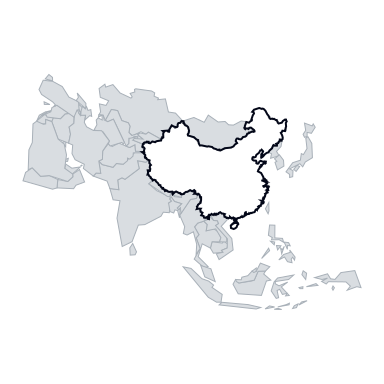 location of China within Asia
{"feature_id": "CHN", "entity_name": "China", "entity_type": "country or territory", "adm_level": 0, "iso_a3": "CHN", "parent_name": "Asia", "parent_adm1": "", "projection": "albers", "projection_center": [106.815, 35.887], "detail": "fine", "context": "in_parent", "style": "outline", "palette": "ink", "viewbox_px": 384, "rotation_deg": 0, "n_neighbors": 45, "source": "natural_earth", "source_scale": "50m", "svg_char_len": 17823}
<svg xmlns="http://www.w3.org/2000/svg" viewBox="0 0 384 384"><path d="M182.6,120.9L178.6,122.6L176.3,127.1L172.2,125.0L169.2,130.4L163.0,131.0L163.5,137.2L161.4,139.5L148.4,132.2L145.9,134.2L140.9,131.7L132.6,135.8L128.9,132.5L130.0,126.2L128.3,122.8L121.8,120.6L117.6,110.6L111.4,109.5L105.4,120.4L103.1,115.2L98.9,114.8L100.6,111.9L99.4,103.9L106.0,105.4L108.7,100.8L100.3,97.3L99.1,88.5L104.9,84.2L105.7,87.1L112.9,84.6L120.1,93.0L131.0,98.1L132.2,96.9L130.1,93.4L134.8,92.0L134.5,89.4L135.8,88.8L151.6,91.0L154.7,92.9L154.1,96.2L158.5,98.1L157.7,99.7L165.4,98.9L168.4,112.0L175.5,113.1L182.6,120.9Z" fill="#d9dde1" stroke="#a8b0b8" stroke-width="1"/><path d="M105.4,120.4L111.4,109.5L117.6,110.6L121.8,120.6L128.3,122.8L130.0,126.2L128.9,132.5L131.8,135.5L139.9,132.9L137.8,134.8L143.1,139.1L139.3,140.3L136.6,139.1L137.7,136.8L134.3,136.3L131.0,139.3L129.1,138.4L128.9,143.5L126.2,146.2L113.4,119.2L107.8,121.7L105.4,120.4Z" fill="#d9dde1" stroke="#a8b0b8" stroke-width="1"/><path d="M354.8,270.6L361.0,287.6L356.8,286.7L347.2,290.2L350.4,286.1L345.9,281.9L328.4,281.7L326.2,284.0L321.6,281.4L327.5,278.1L322.0,279.5L314.7,277.6L327.5,273.8L330.6,278.8L335.0,279.4L340.9,272.6L354.8,270.6ZM298.0,303.9L296.5,307.6L292.6,308.5L294.3,305.7L298.0,303.9ZM333.0,290.2L332.0,288.3L333.0,286.0L334.4,287.8L333.0,290.2ZM265.5,271.0L263.7,274.0L270.8,280.1L266.4,281.0L261.4,295.4L238.2,293.8L233.0,284.2L235.6,279.5L238.9,283.0L251.2,281.1L254.2,280.2L258.1,271.3L265.5,271.0ZM306.4,286.7L316.0,283.6L317.9,285.4L306.4,286.7ZM302.8,288.6L300.0,288.6L299.0,287.6L302.9,286.7L302.8,288.6ZM303.2,270.8L306.6,273.2L305.7,279.5L301.9,274.6L303.2,270.8ZM277.6,278.0L293.7,275.0L288.6,279.5L275.4,281.5L275.2,283.7L279.0,285.8L287.7,282.1L281.3,286.9L289.2,295.5L285.6,295.9L287.1,293.4L282.4,294.4L279.6,289.3L277.1,290.5L278.6,297.7L276.2,298.4L271.2,290.9L274.1,281.9L277.6,278.0ZM281.7,309.5L274.2,309.3L277.9,308.3L281.7,309.5ZM277.8,306.9L286.0,304.7L289.4,303.2L289.1,304.8L277.8,306.9ZM269.5,305.9L274.6,307.0L265.1,308.9L269.5,305.9ZM221.9,302.3L248.1,304.6L260.7,307.5L256.2,309.0L219.1,304.9L221.9,302.3ZM212.0,287.4L222.2,294.4L221.0,302.2L216.6,302.2L208.3,297.3L183.1,266.8L191.0,268.4L201.9,278.7L208.7,281.1L213.6,285.1L212.0,287.4Z" fill="#d9dde1" stroke="#a8b0b8" stroke-width="1"/><path d="M298.7,305.1L301.7,301.9L307.1,300.7L298.7,305.1Z" fill="#d9dde1" stroke="#a8b0b8" stroke-width="1"/><path d="M47.1,112.8L42.2,114.9L36.8,120.8L39.3,115.2L45.2,112.0L47.1,112.8Z" fill="#d9dde1" stroke="#a8b0b8" stroke-width="1"/><path d="M50.8,111.8L45.3,112.0L51.3,110.5L50.8,111.8Z" fill="#d9dde1" stroke="#a8b0b8" stroke-width="1"/><path d="M44.6,114.6L41.0,116.1L44.1,113.6L44.6,114.6Z" fill="#d9dde1" stroke="#a8b0b8" stroke-width="1"/><path d="M44.6,114.6L53.5,117.7L51.8,121.6L45.7,119.5L45.7,123.9L38.6,123.7L36.8,120.8L44.6,114.6Z" fill="#d9dde1" stroke="#a8b0b8" stroke-width="1"/><path d="M65.8,164.1L71.9,168.2L80.4,166.9L71.8,174.4L64.7,168.3L65.8,164.1Z" fill="#d9dde1" stroke="#a8b0b8" stroke-width="1"/><path d="M64.7,161.4L65.8,159.2L68.3,158.3L67.6,161.4L64.7,161.4Z" fill="#d9dde1" stroke="#a8b0b8" stroke-width="1"/><path d="M65.9,140.9L65.7,146.9L62.3,142.4L65.9,140.9Z" fill="#d9dde1" stroke="#a8b0b8" stroke-width="1"/><path d="M51.8,121.6L53.5,117.7L60.4,118.7L65.1,113.9L70.3,113.5L74.0,117.1L73.9,123.3L69.1,127.0L70.5,134.2L68.6,143.2L58.1,139.1L51.8,121.6Z" fill="#d9dde1" stroke="#a8b0b8" stroke-width="1"/><path d="M72.7,174.1L79.5,169.5L84.6,182.0L76.0,185.2L73.6,188.7L57.0,187.9L57.8,179.5L67.7,181.5L72.8,176.9L72.7,174.1ZM82.0,165.5L80.5,165.7L81.8,165.1L82.0,165.5Z" fill="#d9dde1" stroke="#a8b0b8" stroke-width="1"/><path d="M210.4,248.1L212.1,241.7L222.3,243.1L223.9,240.9L227.6,244.2L227.2,248.0L221.5,250.4L223.0,252.3L213.4,253.2L210.4,248.1Z" fill="#d9dde1" stroke="#a8b0b8" stroke-width="1"/><path d="M219.6,241.8L212.1,241.7L210.4,248.1L202.2,243.8L198.2,256.7L208.1,266.6L204.4,268.0L194.2,259.1L200.1,248.5L196.2,237.9L198.9,234.7L194.5,226.9L197.7,223.1L203.8,221.2L207.3,224.5L206.2,230.8L213.3,228.6L218.1,231.6L220.9,237.6L219.6,241.8Z" fill="#d9dde1" stroke="#a8b0b8" stroke-width="1"/><path d="M226.8,242.0L219.6,241.8L220.9,237.6L215.7,228.9L206.2,230.8L207.3,224.5L203.8,221.2L209.2,219.0L208.9,215.2L213.6,220.5L217.4,220.7L218.6,223.6L215.6,225.5L226.6,236.6L226.8,242.0Z" fill="#d9dde1" stroke="#a8b0b8" stroke-width="1"/><path d="M203.8,221.2L197.7,223.1L194.5,226.9L198.9,234.7L196.2,237.9L200.1,248.5L196.1,254.3L196.7,244.3L193.4,231.8L187.1,235.0L183.3,233.5L184.7,226.6L179.7,215.1L190.5,199.4L196.5,198.4L197.5,194.5L201.2,197.4L196.9,209.1L200.2,208.8L202.5,212.7L201.4,215.4L207.3,216.7L203.8,221.2Z" fill="#d9dde1" stroke="#a8b0b8" stroke-width="1"/><path d="M216.3,253.7L223.0,252.3L221.5,250.4L227.2,248.0L227.4,238.8L215.6,225.5L218.6,223.6L217.4,220.7L213.6,220.5L210.6,214.8L220.4,212.2L228.8,218.1L221.2,226.3L231.8,238.5L233.1,250.0L219.1,259.6L216.3,253.7Z" fill="#d9dde1" stroke="#a8b0b8" stroke-width="1"/><path d="M282.0,141.0L281.0,146.5L276.5,151.4L279.2,155.7L270.6,158.3L271.5,153.7L268.4,152.4L270.0,149.9L273.5,144.9L276.9,145.4L276.2,143.7L280.0,139.4L282.0,141.0Z" fill="#d9dde1" stroke="#a8b0b8" stroke-width="1"/><path d="M274.5,158.8L279.4,154.8L283.5,160.2L283.9,166.1L277.5,169.9L275.0,162.3L276.8,161.3L274.5,158.8Z" fill="#d9dde1" stroke="#a8b0b8" stroke-width="1"/><path d="M183.5,120.8L193.9,117.5L204.2,122.3L208.3,115.1L218.1,122.0L225.1,121.5L228.6,124.8L233.4,125.1L241.2,121.0L246.3,121.7L244.9,129.1L249.9,127.4L254.2,130.3L240.5,139.2L236.7,138.4L235.6,140.7L236.8,143.0L233.6,146.1L220.4,150.5L210.5,146.5L199.8,145.4L197.9,140.1L188.2,135.2L189.1,129.9L183.5,120.8Z" fill="#d9dde1" stroke="#a8b0b8" stroke-width="1"/><path d="M197.5,194.5L196.5,198.4L190.5,199.4L181.1,213.4L180.3,208.0L178.6,209.9L177.2,208.0L181.6,203.7L174.5,201.5L171.2,197.0L169.8,199.0L171.6,201.1L168.6,203.1L170.3,204.3L169.3,212.7L163.3,212.2L161.0,216.2L144.8,224.6L138.3,225.1L132.1,241.6L122.2,246.5L117.0,218.2L120.0,200.7L113.1,199.8L109.9,188.5L118.8,189.7L117.7,180.0L122.0,177.8L125.0,179.3L139.2,168.6L137.5,160.7L145.8,162.2L149.1,160.2L150.7,164.8L147.7,173.9L152.9,180.0L148.8,183.8L156.7,190.7L169.7,196.8L172.7,191.6L172.4,195.0L174.8,196.7L181.5,197.4L181.0,194.1L194.4,190.1L194.4,193.7L197.5,194.5Z" fill="#d9dde1" stroke="#a8b0b8" stroke-width="1"/><path d="M180.3,208.0L179.5,217.8L177.6,210.5L174.9,209.9L173.7,213.0L170.0,211.6L168.6,203.1L171.6,201.1L169.8,199.0L171.2,197.0L174.5,201.5L181.6,203.7L177.2,208.0L178.6,209.9L180.3,208.0Z" fill="#d9dde1" stroke="#a8b0b8" stroke-width="1"/><path d="M181.0,194.1L181.5,197.4L172.4,195.0L176.5,191.6L181.0,194.1Z" fill="#d9dde1" stroke="#a8b0b8" stroke-width="1"/><path d="M170.8,192.0L169.7,196.8L167.3,196.4L148.8,183.8L154.2,179.5L164.5,189.6L170.8,192.0Z" fill="#d9dde1" stroke="#a8b0b8" stroke-width="1"/><path d="M149.1,160.2L145.8,162.2L137.5,160.7L139.2,168.6L125.0,179.3L122.0,177.8L117.7,180.0L118.8,189.7L109.9,188.5L107.1,181.1L93.3,176.1L96.1,173.1L100.7,173.3L98.8,161.0L102.3,164.6L113.0,167.3L116.4,163.5L123.3,164.2L135.2,152.0L144.1,152.8L145.4,157.6L149.1,160.2Z" fill="#d9dde1" stroke="#a8b0b8" stroke-width="1"/><path d="M118.8,143.1L129.5,147.5L135.0,144.7L135.5,151.2L139.8,150.1L144.1,152.8L133.3,152.8L133.0,156.1L129.8,159.1L127.5,158.1L127.6,160.6L123.3,164.2L116.4,163.5L113.0,167.3L102.3,164.6L98.8,161.0L102.4,159.3L102.7,151.0L108.3,143.7L112.2,146.5L118.8,143.1Z" fill="#d9dde1" stroke="#a8b0b8" stroke-width="1"/><path d="M126.2,146.2L128.9,143.5L129.1,138.4L137.7,136.8L137.6,139.3L133.1,140.2L143.0,144.2L143.9,151.7L135.5,151.2L135.0,144.7L129.5,147.5L126.2,146.2Z" fill="#d9dde1" stroke="#a8b0b8" stroke-width="1"/><path d="M139.9,132.9L145.9,134.2L148.4,132.2L161.4,139.5L143.0,144.2L133.1,140.2L134.1,138.5L143.1,139.1L137.8,134.8L139.9,132.9Z" fill="#d9dde1" stroke="#a8b0b8" stroke-width="1"/><path d="M98.9,114.8L103.1,115.2L104.2,120.0L107.8,121.7L113.4,119.2L124.3,142.3L123.4,144.2L121.9,142.4L110.2,146.0L108.3,143.7L109.4,141.0L103.0,131.8L94.0,130.0L96.9,124.8L96.2,120.1L98.1,117.9L102.2,120.0L102.0,115.3L98.4,117.1L98.9,114.8Z" fill="#d9dde1" stroke="#a8b0b8" stroke-width="1"/><path d="M68.6,143.2L70.5,134.2L69.1,127.0L73.9,123.3L74.5,114.1L77.1,109.9L80.0,114.8L85.6,115.2L84.3,122.4L86.6,126.8L93.4,130.5L101.6,130.7L109.4,141.0L102.7,151.0L102.4,159.3L98.8,161.0L100.7,173.3L96.1,173.1L93.3,176.1L83.4,168.5L84.3,164.3L75.1,159.7L72.0,153.7L72.7,145.0L68.6,143.2Z" fill="#d9dde1" stroke="#a8b0b8" stroke-width="1"/><path d="M45.6,114.1L50.8,111.8L52.0,107.5L56.8,105.2L69.1,113.3L65.1,113.9L60.4,118.7L47.1,117.1L45.6,114.1Z" fill="#d9dde1" stroke="#a8b0b8" stroke-width="1"/><path d="M80.8,115.3L77.9,107.0L79.4,104.6L82.8,108.2L80.8,115.3Z" fill="#d9dde1" stroke="#a8b0b8" stroke-width="1"/><path d="M74.0,117.1L56.8,105.2L53.4,106.8L55.3,104.7L52.7,101.9L41.6,94.5L39.0,89.5L43.2,80.2L52.8,81.4L62.3,86.6L68.9,97.1L78.5,101.8L79.1,110.1L77.1,109.9L74.0,117.1ZM48.9,74.5L52.5,77.4L52.6,80.8L45.2,78.9L48.9,74.5Z" fill="#d9dde1" stroke="#a8b0b8" stroke-width="1"/><path d="M136.5,251.9L135.1,254.8L130.2,255.1L129.8,247.9L132.7,243.5L136.5,251.9Z" fill="#d9dde1" stroke="#a8b0b8" stroke-width="1"/><path d="M268.8,202.5L269.0,210.9L268.1,213.8L265.4,208.8L268.8,202.5Z" fill="#d9dde1" stroke="#a8b0b8" stroke-width="1"/><path d="M86.5,106.5L88.0,110.4L90.8,109.6L91.7,116.4L89.8,115.6L85.0,119.9L85.6,115.2L80.8,115.3L81.1,110.8L82.5,106.2L85.2,108.8L86.5,106.5ZM80.0,114.8L78.8,113.4L79.1,110.1L80.6,112.2L80.0,114.8Z" fill="#d9dde1" stroke="#a8b0b8" stroke-width="1"/><path d="M77.2,93.0L85.9,103.4L85.7,108.7L76.3,100.4L78.4,97.3L77.2,93.0Z" fill="#d9dde1" stroke="#a8b0b8" stroke-width="1"/><path d="M274.2,244.8L270.5,241.3L274.7,242.0L274.2,244.8ZM281.7,253.8L280.6,248.1L282.3,249.7L284.3,246.3L281.7,253.8ZM289.7,250.0L295.1,257.1L294.5,260.1L292.6,257.2L291.2,259.1L292.0,262.7L287.5,261.7L284.5,257.0L278.8,259.9L283.6,254.5L290.3,252.3L289.7,250.0ZM269.6,250.7L261.6,258.5L268.6,248.2L269.6,250.7ZM274.9,225.2L274.8,237.9L282.5,238.4L283.6,242.3L279.2,239.7L271.4,239.9L272.3,237.6L268.4,235.3L269.6,225.0L274.9,225.2ZM277.6,249.9L276.5,245.5L280.9,245.8L277.6,249.9ZM288.6,242.6L290.2,245.8L287.4,245.5L287.4,249.3L284.2,242.1L288.6,242.6Z" fill="#d9dde1" stroke="#a8b0b8" stroke-width="1"/><path d="M200.7,265.4L210.9,268.8L215.2,281.6L204.8,276.9L200.7,265.4ZM265.5,271.0L258.1,271.3L254.2,280.2L238.9,283.0L236.3,281.5L235.6,279.5L241.2,279.8L241.9,277.2L247.8,275.7L252.0,271.1L256.2,271.4L260.4,263.1L269.8,266.7L265.5,271.0Z" fill="#d9dde1" stroke="#a8b0b8" stroke-width="1"/><path d="M256.3,268.0L256.2,271.4L253.8,272.5L252.0,271.1L256.3,268.0Z" fill="#d9dde1" stroke="#a8b0b8" stroke-width="1"/><path d="M311.8,143.4L312.4,157.7L305.3,162.0L302.7,166.8L299.8,163.7L289.7,168.9L293.0,170.6L292.7,176.7L289.6,177.5L289.6,174.4L286.0,171.8L292.7,162.7L300.4,160.2L301.3,153.6L303.4,154.6L307.0,148.5L305.8,138.2L308.0,136.8L311.8,143.4ZM312.2,125.9L313.2,123.9L315.2,127.2L311.4,133.3L307.1,132.4L307.1,136.4L304.5,137.3L303.1,134.3L305.7,130.4L304.5,123.1L312.2,125.9ZM293.7,169.3L297.0,165.3L299.7,166.5L296.1,171.4L293.7,169.3Z" fill="#d9dde1" stroke="#a8b0b8" stroke-width="1"/><path d="M57.8,179.5L57.0,187.9L52.6,189.2L23.0,180.8L25.6,172.4L32.2,167.8L40.6,176.3L49.3,175.6L57.8,179.5Z" fill="#d9dde1" stroke="#a8b0b8" stroke-width="1"/><path d="M36.6,121.2L43.5,124.3L45.7,123.9L45.7,119.5L51.8,121.6L58.1,139.1L64.2,144.1L66.5,154.9L64.7,168.3L72.7,174.1L72.8,176.9L67.7,181.5L49.3,175.6L40.6,176.3L32.2,167.8L28.2,169.8L28.9,149.9L32.3,142.5L33.0,123.9L36.6,121.2Z" fill="#d9dde1" stroke="#a8b0b8" stroke-width="1"/><path d="M49.9,104.5L44.3,104.4L44.1,101.8L49.9,104.5Z" fill="#d9dde1" stroke="#a8b0b8" stroke-width="1"/><path d="M228.5,218.3L227.9,217.8L226.6,218.0L225.4,216.9L224.5,216.8L224.1,215.0L224.8,214.1L222.9,213.5L221.9,213.6L220.2,212.2L218.9,212.9L218.4,213.9L217.4,214.3L216.7,213.9L216.0,214.8L215.1,213.9L214.7,214.6L214.1,214.0L213.1,215.0L211.5,213.9L210.4,215.1L209.1,214.7L208.5,215.4L209.1,216.9L209.0,219.1L207.5,218.8L207.1,217.0L205.5,217.8L204.1,217.7L203.5,215.9L201.2,215.3L202.5,212.7L200.6,211.8L200.2,209.4L200.7,208.7L198.8,208.6L196.8,209.0L197.3,208.0L196.9,206.6L197.6,205.9L198.0,204.7L200.6,202.8L200.4,202.1L200.8,201.8L201.1,200.1L201.1,197.1L200.5,196.8L200.1,197.1L199.7,195.1L198.5,193.8L198.1,193.7L197.4,194.6L195.4,193.6L194.5,193.7L195.5,192.6L195.2,191.6L194.3,191.9L194.3,191.4L195.0,190.9L194.2,190.1L192.2,191.3L190.1,190.1L187.4,191.8L185.9,191.9L183.9,193.4L183.9,193.9L181.8,194.4L180.8,194.1L180.9,193.6L180.0,192.9L179.2,193.1L176.1,191.5L174.8,192.1L172.7,194.3L172.4,193.5L172.8,191.9L172.4,191.6L169.3,191.9L168.0,191.6L166.7,190.4L166.0,190.9L165.3,190.1L164.8,190.7L164.1,189.3L162.6,188.8L162.9,187.9L161.8,187.8L160.5,186.3L160.4,185.2L158.9,185.0L158.1,183.3L155.8,181.2L155.6,180.2L153.9,179.7L152.8,180.5L151.9,178.9L150.7,178.1L150.8,177.3L149.0,175.8L148.5,174.5L147.5,174.6L148.1,172.4L147.7,170.3L148.6,170.3L148.9,171.3L149.9,171.0L150.3,168.8L149.7,167.4L150.0,165.7L150.9,165.0L149.4,163.3L149.3,161.1L149.6,160.4L147.3,159.5L146.3,158.5L146.2,157.9L145.2,157.9L144.8,156.9L145.3,155.9L145.2,154.9L144.3,154.3L144.3,153.7L142.1,152.1L144.2,151.9L143.9,151.1L144.6,148.4L143.6,147.2L142.8,147.3L142.3,146.9L142.9,144.1L143.7,143.9L143.7,143.1L144.4,142.5L146.7,142.2L146.8,141.7L148.7,141.8L148.7,143.0L150.2,143.3L152.3,141.5L155.2,142.2L156.1,141.5L157.1,141.1L161.1,140.5L161.5,138.4L162.5,138.0L162.3,137.3L163.3,137.2L163.2,133.9L163.6,132.4L164.0,132.0L162.8,131.0L167.3,130.6L167.7,131.4L169.0,131.8L169.4,130.9L168.9,130.2L171.7,125.4L173.7,126.6L175.2,126.9L175.3,127.5L177.1,127.0L177.6,126.5L177.7,124.3L178.4,123.1L180.4,122.8L181.5,121.1L183.5,121.2L183.6,121.8L183.2,122.1L183.8,122.8L183.5,123.3L184.6,124.1L184.6,124.6L185.5,125.5L186.5,125.6L188.1,127.1L189.1,131.0L188.7,131.9L188.8,132.7L187.7,134.3L188.0,135.5L194.0,137.2L196.5,139.5L198.0,140.0L197.8,140.8L198.3,141.1L198.8,143.5L199.9,145.5L201.8,145.4L207.2,146.6L208.5,146.3L212.1,147.0L213.6,148.4L215.8,149.0L217.4,149.9L219.3,149.6L219.3,150.3L220.4,150.5L224.8,148.2L231.0,147.6L233.5,146.4L234.9,144.5L237.1,143.1L235.7,141.0L236.2,139.4L236.8,138.6L238.0,138.5L238.7,139.1L240.8,139.4L241.9,138.6L242.9,137.1L245.4,136.6L246.5,135.6L247.2,133.7L248.9,133.2L249.1,132.5L249.8,132.6L252.2,131.5L253.3,131.9L254.5,131.5L254.5,130.9L254.0,130.0L250.9,127.6L249.3,127.8L248.5,129.0L247.1,128.4L245.9,128.5L245.3,129.2L244.6,128.6L244.3,127.8L244.8,127.3L244.8,126.2L246.3,122.0L249.0,122.7L250.1,121.5L251.8,120.5L251.9,119.8L251.4,119.5L252.8,115.3L254.0,113.5L253.6,112.1L252.3,111.8L254.0,109.7L259.2,108.0L261.8,108.9L262.3,108.6L263.6,108.9L265.4,110.7L267.4,114.5L268.5,115.6L268.8,116.8L269.4,117.1L269.6,118.4L270.7,119.0L272.2,118.6L273.1,119.1L274.0,118.8L275.9,120.1L276.7,120.0L276.9,120.8L277.6,121.6L277.7,122.6L278.6,123.5L281.8,122.7L282.9,121.0L285.1,119.5L286.0,119.6L286.0,120.4L286.7,121.3L285.8,123.0L286.1,126.6L285.6,128.0L285.7,128.9L285.2,129.4L285.4,130.6L285.1,131.1L282.4,130.7L281.8,132.1L280.8,132.8L282.1,135.2L282.7,137.4L282.6,139.1L281.2,140.1L281.7,140.3L281.6,140.6L280.8,140.1L280.7,139.6L279.8,139.5L279.7,141.4L278.9,141.7L278.2,143.1L276.2,143.8L277.0,144.9L276.9,145.7L274.4,145.7L273.7,145.0L273.2,145.3L272.0,148.4L269.6,150.4L268.4,152.4L266.9,152.8L265.0,154.1L263.2,156.3L262.4,156.6L262.4,157.0L261.3,157.7L261.1,157.1L262.4,156.2L262.2,155.9L262.6,155.2L261.3,155.4L261.2,154.9L261.7,154.5L261.6,153.8L262.3,153.3L263.1,151.3L261.8,149.9L261.6,150.4L260.3,150.4L258.9,152.9L256.4,154.8L255.6,156.9L253.9,157.5L253.2,157.0L252.6,157.4L252.2,159.0L252.6,159.8L253.6,160.5L256.0,160.7L256.5,161.9L256.3,163.1L257.2,163.7L258.4,163.5L259.5,161.5L260.7,160.8L263.1,161.8L264.2,161.4L265.8,161.6L265.4,162.8L265.7,163.1L265.3,163.6L264.1,163.3L262.0,164.8L261.4,164.9L261.7,165.5L261.2,165.6L261.2,166.6L260.6,167.0L260.3,166.4L260.0,166.5L259.8,166.9L260.3,167.2L258.4,169.8L257.9,171.4L261.1,173.0L263.3,177.0L263.4,178.2L264.8,178.8L265.3,179.7L266.5,180.4L266.6,181.0L266.4,181.1L265.2,180.7L264.1,180.8L262.8,180.2L261.5,180.9L263.3,180.5L263.6,181.1L266.3,182.4L266.9,183.2L267.1,183.6L265.9,184.3L264.6,185.8L263.3,186.0L262.7,186.6L263.5,186.3L264.0,186.8L265.7,185.9L267.0,186.9L268.2,187.0L266.8,188.6L267.8,187.9L268.1,188.4L268.1,189.6L267.5,189.3L266.8,189.8L267.5,190.3L267.1,190.4L267.5,190.6L267.1,191.4L267.6,192.5L266.7,192.9L266.3,192.6L265.9,193.6L265.3,193.8L265.6,194.2L265.0,195.3L265.2,195.9L263.9,198.7L263.4,198.8L263.1,198.1L262.9,198.5L262.5,198.3L263.5,199.7L262.4,200.8L261.4,200.7L262.1,201.2L262.9,200.9L263.2,203.0L261.8,202.9L262.2,203.6L261.3,203.8L261.2,204.8L260.5,205.2L260.6,205.9L258.9,206.0L258.2,206.6L259.0,207.3L257.8,208.8L257.3,208.9L257.1,209.7L256.8,209.3L256.2,209.8L255.7,209.7L254.6,212.1L252.1,212.7L251.7,213.1L250.7,212.9L249.7,213.6L249.1,213.2L248.8,214.0L247.2,214.2L245.9,213.1L245.8,212.2L245.5,212.3L245.0,213.0L245.7,214.0L245.8,215.2L244.6,215.8L244.4,215.4L244.0,216.4L242.9,216.9L242.2,216.3L242.0,217.1L240.9,216.8L239.9,217.8L238.0,218.0L236.7,219.1L236.2,218.7L235.4,220.0L236.1,220.3L235.9,220.9L236.6,221.4L236.1,222.1L234.6,221.9L234.9,221.6L233.9,220.1L234.7,218.3L233.5,217.6L233.4,218.1L232.2,218.5L232.1,218.0L231.0,217.8L230.1,217.0L230.2,217.9L229.6,217.7L228.5,218.3ZM237.9,223.0L238.3,224.1L237.2,225.4L236.6,227.2L235.4,228.2L233.7,229.0L231.0,228.0L230.8,225.5L232.8,224.0L232.4,223.9L232.7,223.6L235.6,222.9L236.9,223.1L237.1,222.6L237.9,223.0ZM266.7,181.7L265.8,181.7L264.8,180.9L265.5,181.0L266.7,181.7ZM268.7,186.6L267.9,186.6L267.7,186.2L268.6,186.3L268.7,186.6ZM263.7,202.2L263.4,202.8L263.4,202.1L263.7,202.2ZM235.8,219.8L236.6,219.5L236.5,219.9L235.8,219.8Z" fill="none" stroke="#020617" stroke-width="2"/></svg>